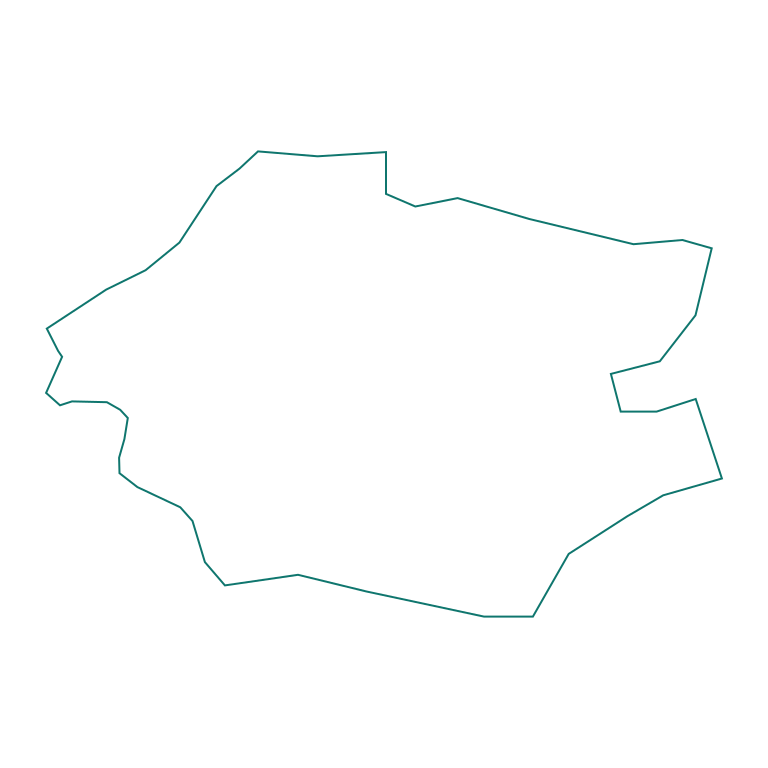 an SVG outline of Rugaju
{"feature_id": "LVA-5741", "entity_name": "Rugaju", "entity_type": "Municipality", "adm_level": 1, "iso_a3": "LVA", "parent_name": "Latvia", "parent_adm1": "", "projection": "robinson", "projection_center": [27.065, 56.988], "detail": "fine", "context": "isolated", "style": "outline", "palette": "teal", "viewbox_px": 768, "rotation_deg": 0, "n_neighbors": 0, "source": "natural_earth", "source_scale": "10m", "svg_char_len": 684}
<svg xmlns="http://www.w3.org/2000/svg" viewBox="0 0 768 768"><path d="M46.1,392.9L62.1,356.8L58.1,350.9L46.8,328.6L106.2,289.6L145.6,270.2L179.4,242.6L216.5,186.1L239.5,168.6L258.0,151.4L317.6,156.3L386.0,152.1L386.0,193.9L415.3,206.5L457.6,198.1L529.3,219.0L633.5,244.2L682.4,240.0L711.7,248.3L695.5,315.3L659.8,361.3L610.9,373.9L620.7,411.6L656.6,411.6L695.7,399.0L721.9,478.5L663.2,495.3L627.4,516.2L568.7,553.9L532.9,616.6L484.0,616.6L366.5,591.5L298.0,574.8L224.9,585.4L204.9,562.1L192.5,521.0L180.3,507.3L137.4,487.1L119.5,473.2L119.1,457.7L124.4,439.1L127.8,418.0L120.2,409.8L106.9,402.2L72.0,401.4L60.0,405.3L46.1,392.9Z" fill="none" stroke="#0f766e" stroke-width="2"/></svg>